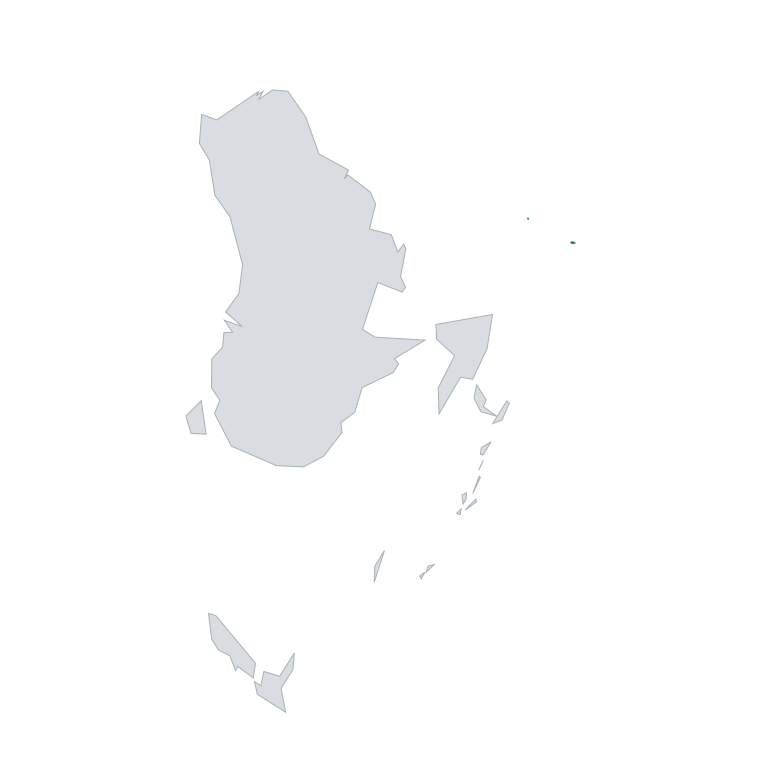 location of Palau within Oceania, rotated 81°
{"feature_id": "PLW", "entity_name": "Palau", "entity_type": "country or territory", "adm_level": 0, "iso_a3": "PLW", "parent_name": "Oceania", "parent_adm1": "", "projection": "albers", "projection_center": [133.12, 5.367], "detail": "fine", "context": "in_parent", "style": "filled", "palette": "teal", "viewbox_px": 768, "rotation_deg": 81, "n_neighbors": 6, "source": "natural_earth", "source_scale": "50m", "svg_char_len": 2453}
<svg xmlns="http://www.w3.org/2000/svg" viewBox="0 0 768 768"><g transform="rotate(81 384 384)"><path d="M332.3,265.9L365.0,276.6L393.2,295.7L389.3,307.3L422.1,334.3L396.5,331.1L367.0,309.9L347.9,325.0L333.3,323.4L332.3,265.9ZM438.0,273.0L440.1,282.8L419.9,265.4L422.3,263.2L438.0,273.0ZM426.5,292.7L412.1,297.3L399.3,292.6L415.7,285.6L421.9,289.4L433.6,277.5L426.5,292.7ZM457.8,287.2L469.7,297.4L468.5,299.9L461.9,297.6L457.8,287.2Z" fill="#d9dde1" stroke="#a8b0b8" stroke-width="1"/><path d="M576.2,373.1L582.3,377.6L579.3,378.9L576.2,373.1ZM576.6,371.8L570.7,369.2L570.2,362.8L576.6,371.8Z" fill="#d9dde1" stroke="#a8b0b8" stroke-width="1"/><path d="M548.5,409.6L578.1,424.6L562.6,421.6L548.5,409.6Z" fill="#d9dde1" stroke="#a8b0b8" stroke-width="1"/><path d="M525.0,329.2L523.2,332.5L519.4,327.4L525.0,329.2ZM515.0,311.2L521.2,323.6L511.9,311.3L515.0,311.2ZM515.0,324.7L505.8,324.4L504.3,319.7L510.4,320.8L515.0,324.7ZM491.3,303.4L506.0,313.5L490.0,304.4L491.3,303.4ZM480.0,301.2L483.8,304.0L474.5,297.7L480.0,301.2Z" fill="#d9dde1" stroke="#a8b0b8" stroke-width="1"/><path d="M692.8,532.5L670.7,557.6L657.7,558.5L662.8,552.8L649.1,547.6L656.4,532.9L635.6,514.6L651.9,518.7L668.5,533.3L692.8,532.5ZM586.4,586.4L639.7,554.6L653.9,559.2L640.0,572.7L643.8,575.4L628.3,578.8L620.9,589.1L608.9,594.1L583.2,593.2L586.4,586.4Z" fill="#d9dde1" stroke="#a8b0b8" stroke-width="1"/><path d="M371.9,567.2L405.8,567.5L402.6,582.3L384.8,584.7L371.9,567.2ZM194.9,509.9L171.1,521.5L135.4,521.5L117.5,528.7L89.2,521.9L97.0,507.9L75.2,461.6L79.2,465.1L76.2,457.8L83.5,463.3L76.1,448.1L79.8,433.1L107.9,419.6L146.7,412.2L167.2,385.5L175.0,391.1L171.8,387.1L192.2,367.5L205.0,364.1L228.5,374.1L237.8,353.4L255.8,349.8L248.9,342.6L253.8,341.3L280.9,350.9L291.8,347.5L296.1,351.7L282.8,374.3L326.7,396.7L336.3,385.6L347.1,336.7L360.6,369.7L366.4,366.4L374.1,373.1L384.1,406.1L407.3,417.3L415.5,432.8L425.3,433.0L445.9,455.0L453.3,476.6L447.8,503.1L421.5,544.5L386.7,556.0L374.3,548.7L360.9,555.0L332.5,550.2L322.2,537.6L308.3,534.1L309.1,525.5L296.1,531.7L305.2,515.0L288.1,529.2L271.8,513.1L243.9,505.0L194.9,509.9Z" fill="#d9dde1" stroke="#a8b0b8" stroke-width="1"/><path d="M274.0,176.8L273.4,177.0L273.2,176.3L273.3,175.5L273.6,174.9L274.0,174.7L274.5,173.9L274.6,174.3L274.3,175.8L274.0,176.3L274.0,176.8ZM243.3,216.0L243.1,216.0L243.0,215.9L243.1,215.7L243.3,215.7L243.5,215.7L243.5,215.8L243.3,216.0Z" fill="#14b8a6" stroke="#0f766e" stroke-width="1.5"/></g></svg>